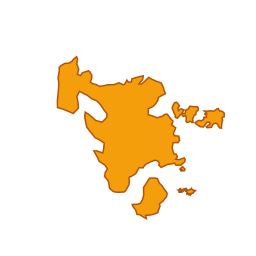 Goheung-gun, South Jeolla, South Korea, rotated 304°
{"feature_id": "91817680B78599330358722", "entity_name": "Goheung-gun", "entity_type": "district", "adm_level": 2, "iso_a3": "KOR", "parent_name": "South Korea", "parent_adm1": "South Jeolla", "projection": "equal_earth", "projection_center": [127.345, 34.606], "detail": "fine", "context": "isolated", "style": "filled", "palette": "amber", "viewbox_px": 256, "rotation_deg": 304, "n_neighbors": 0, "source": "geoboundaries", "source_scale": "gbopen_adm2", "svg_char_len": 4498}
<svg xmlns="http://www.w3.org/2000/svg" viewBox="0 0 256 256"><g transform="rotate(304 128 128)"><path d="M105.8,58.9L107.3,63.6L109.5,74.6L116.8,75.8L121.3,72.2L125.7,67.9L131.3,67.3L131.9,73.4L132.4,75.8L131.9,81.3L133.0,86.8L131.9,92.3L129.6,97.8L128.0,102.7L124.6,104.5L118.4,103.3L116.2,97.2L117.3,89.2L117.3,83.7L113.4,85.6L108.9,89.9L105.6,93.5L103.9,98.4L101.6,106.3L102.2,111.2L102.2,116.7L97.7,119.2L93.2,121.0L91.6,114.9L89.9,112.5L86.5,119.2L84.3,122.8L84.3,129.6L82.6,133.9L78.7,133.9L74.7,135.7L73.0,141.2L70.8,143.6L67.8,146.3L67.1,150.4L67.5,152.6L69.1,155.6L72.8,160.6L74.9,161.1L81.1,160.6L84.7,158.9L86.8,156.9L88.4,156.6L89.3,157.6L94.4,159.9L101.3,159.4L103.3,162.7L105.6,162.7L108.4,163.2L110.9,164.7L113.0,165.9L116.4,168.4L117.3,171.4L116.4,173.7L114.3,174.4L113.9,177.5L117.1,179.5L120.3,181.5L121.9,183.5L124.9,186.3L124.0,188.5L126.7,192.5L131.6,194.0L133.9,193.0L134.6,191.3L132.0,189.3L130.2,187.8L128.8,185.0L131.8,185.0L133.2,182.7L132.3,180.5L134.1,178.0L136.6,175.5L141.0,173.7L142.8,176.0L143.7,177.7L146.5,177.7L149.7,174.7L147.6,170.9L148.6,168.7L151.8,168.2L154.8,167.4L155.0,162.4L156.6,162.1L158.7,161.6L159.8,157.6L160.5,155.4L161.4,152.9L160.0,150.9L157.1,149.9L152.9,146.6L151.5,140.8L150.4,137.3L155.4,134.1L157.3,135.3L159.6,136.6L162.8,137.3L167.4,137.3L170.4,136.1L172.4,137.1L177.5,139.8L179.5,136.8L181.4,134.6L182.8,132.3L183.9,130.1L182.5,124.8L181.8,120.8L181.4,116.8L176.1,115.8L171.7,114.5L170.6,112.3L176.5,113.0L179.8,111.5L176.1,108.0L171.0,103.8L168.1,105.0L166.2,102.8L167.1,100.3L162.8,100.8L161.2,100.0L160.5,95.3L156.3,92.3L152.0,86.5L149.0,84.0L146.5,80.8L146.3,77.5L144.9,73.5L145.1,71.0L148.5,70.3L151.5,68.5L153.1,65.3L153.4,63.3L148.3,59.3L144.9,59.3L144.2,56.0L149.2,54.3L152.4,49.8L157.0,47.5L158.4,45.5L154.5,44.3L152.4,44.3L149.0,43.0L146.2,39.5L142.4,37.6L139.6,37.1L137.5,38.8L134.8,40.0L130.4,42.0L127.4,44.8L122.9,47.8L110.6,54.5L105.6,58.1L105.8,58.9ZM101.5,178.1L98.4,173.9L96.3,173.9L92.4,174.1L87.5,174.1L81.0,178.6L76.9,180.0L72.8,180.4L70.5,179.0L67.0,174.3L65.9,175.5L64.2,180.4L61.4,183.7L62.9,187.0L62.7,190.1L63.1,193.9L65.3,191.5L68.7,195.5L71.5,197.9L74.5,200.0L77.3,199.1L81.0,198.3L82.7,196.5L87.0,197.9L93.0,198.3L95.8,196.9L96.5,195.5L98.0,191.0L99.1,188.7L99.9,184.7L102.5,180.7L101.5,178.1ZM175.0,184.8L174.1,182.7L172.5,181.6L169.8,180.6L169.4,182.2L169.4,184.9L169.4,186.9L170.2,188.6L171.0,189.9L174.2,190.2L177.0,190.2L178.2,191.9L177.8,193.5L176.4,193.8L174.8,192.9L172.7,192.2L172.5,193.5L174.1,195.5L175.3,196.9L177.2,196.4L179.4,196.6L180.8,197.6L181.2,198.8L181.1,200.6L179.9,202.0L179.4,204.2L180.1,205.6L182.5,204.1L185.2,202.9L187.4,202.1L188.7,200.5L189.9,200.3L191.0,201.5L192.7,200.6L194.2,199.3L194.5,197.0L193.4,194.1L194.6,192.0L193.6,191.1L190.0,189.8L189.1,188.1L188.1,186.3L186.0,183.9L184.8,181.8L184.4,184.9L183.3,185.5L182.6,183.1L182.1,185.8L180.8,187.2L179.4,184.9L178.5,185.1L177.4,186.0L175.0,184.8ZM175.3,158.0L176.2,155.6L176.4,153.5L174.6,152.4L170.7,152.9L169.1,153.5L167.7,155.7L166.2,157.7L165.0,160.2L163.6,160.8L163.3,162.5L164.0,163.6L167.6,163.9L169.0,164.3L169.1,165.7L168.4,167.3L170.5,168.8L169.6,170.0L169.2,170.3L168.1,171.2L165.9,172.4L165.6,173.9L167.2,175.2L168.5,175.9L168.3,178.0L169.0,178.9L171.6,176.5L173.8,176.1L175.0,175.8L177.1,176.7L179.4,175.5L182.0,176.2L183.8,175.2L184.4,173.6L182.6,170.8L181.8,169.4L180.8,167.2L179.0,167.2L177.4,167.3L174.7,165.8L173.2,166.9L171.6,166.9L170.5,164.6L172.7,164.3L174.3,164.2L173.6,161.4L172.5,160.5L170.6,160.1L172.7,158.1L173.9,158.4L175.3,158.0ZM105.3,204.9L104.6,204.3L104.7,205.0L105.1,205.4L105.1,205.8L103.9,205.7L103.3,206.2L103.8,206.8L105.3,206.8L105.6,207.1L105.2,207.7L104.4,207.8L105.4,208.9L106.5,209.2L107.3,209.4L108.3,209.9L108.3,210.5L107.8,211.1L108.4,211.9L107.8,213.3L106.8,213.1L106.1,213.8L107.1,214.2L107.4,215.1L107.1,215.2L106.6,215.1L106.6,216.0L107.3,216.2L107.3,217.0L107.7,216.7L108.3,216.5L108.7,217.5L109.7,217.5L110.3,218.4L111.3,218.1L112.8,218.8L113.9,218.9L113.1,217.5L113.0,216.7L113.2,216.1L112.8,215.4L113.2,214.7L112.6,214.9L112.2,213.9L111.7,213.6L111.2,213.6L110.1,212.8L109.7,211.2L110.1,210.7L110.4,209.8L109.5,209.4L109.3,208.7L108.2,207.9L107.3,207.6L106.5,206.6L106.6,206.2L107.2,205.5L106.7,204.9L105.7,205.4L105.3,204.9ZM122.9,194.0L122.8,195.2L122.0,195.6L122.3,196.4L123.5,196.2L123.2,197.4L123.8,198.5L125.1,198.6L125.8,198.2L126.1,196.9L126.1,196.0L126.6,194.9L125.5,194.5L124.7,194.4L122.9,194.0Z" fill="#f59e0b" stroke="#b45309" stroke-width="1.5"/></g></svg>